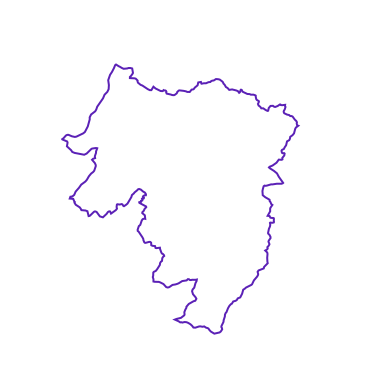 Mai Son, Son La, Vietnam (Natural Earth projection), rotated 255°
{"feature_id": "81297802B85756054610964", "entity_name": "Mai Son", "entity_type": "district", "adm_level": 2, "iso_a3": "VNM", "parent_name": "Vietnam", "parent_adm1": "Son La", "projection": "natural_earth1", "projection_center": [103.999, 21.168], "detail": "fine", "context": "isolated", "style": "outline", "palette": "violet", "viewbox_px": 384, "rotation_deg": 255, "n_neighbors": 0, "source": "geoboundaries", "source_scale": "gbopen_adm2", "svg_char_len": 6044}
<svg xmlns="http://www.w3.org/2000/svg" viewBox="0 0 384 384"><g transform="rotate(255 192 192)"><path d="M277.2,81.8L276.6,80.3L276.3,80.4L273.1,84.5L271.9,84.6L268.5,83.0L263.6,86.1L261.7,86.7L260.1,88.8L255.9,97.5L256.4,100.2L259.6,105.9L259.8,106.7L259.4,110.3L259.0,111.5L258.8,111.8L256.0,109.8L254.6,109.4L251.7,107.4L249.8,107.2L249.7,105.1L249.0,103.8L245.0,105.7L242.9,106.0L241.8,105.7L237.8,103.0L236.9,101.7L235.9,99.3L233.9,96.5L231.0,93.6L229.7,91.7L227.8,86.9L225.3,83.9L222.5,79.7L219.7,77.5L218.7,75.3L218.9,73.3L217.3,72.2L216.1,75.5L213.0,75.9L212.6,76.2L212.1,75.7L209.8,76.4L206.2,79.6L204.6,80.2L203.1,80.5L201.7,84.3L200.5,86.0L195.5,85.9L195.4,86.9L195.7,87.6L198.2,92.1L198.4,92.9L198.2,93.7L197.4,94.7L192.3,96.7L190.7,99.2L190.6,99.4L193.0,103.9L194.3,105.4L194.7,106.4L194.6,107.6L194.3,107.9L192.1,108.2L194.2,113.7L195.3,115.2L197.1,115.3L199.3,116.2L199.5,116.7L198.6,118.9L198.5,121.0L198.0,121.6L196.3,122.1L195.9,122.6L196.7,125.0L197.5,126.7L202.8,132.1L204.6,133.2L205.7,135.5L206.4,136.3L207.8,139.4L208.6,140.7L208.6,141.7L207.6,143.2L205.2,144.8L203.7,146.3L202.4,146.8L201.5,146.9L200.8,146.6L201.1,145.3L200.7,143.9L200.0,143.3L199.1,144.1L198.5,143.9L198.2,143.5L198.5,142.6L198.4,142.0L197.4,142.1L196.8,141.9L196.7,140.6L196.0,140.6L195.7,140.3L195.8,138.4L195.3,138.3L194.9,138.6L189.9,143.9L189.2,143.9L187.9,141.8L186.3,140.5L185.3,138.8L184.5,138.5L181.7,140.4L178.2,139.9L178.6,139.2L178.6,137.8L178.5,137.3L177.5,136.1L173.6,133.5L172.8,131.8L169.6,129.7L168.4,129.5L167.5,130.2L161.0,132.4L159.2,132.8L158.1,132.6L155.8,132.9L155.1,133.4L154.9,134.0L154.9,137.7L154.6,138.7L153.7,139.4L151.1,138.9L150.3,139.8L149.3,142.3L147.4,142.3L147.0,143.0L146.5,146.6L145.2,146.4L141.6,146.7L140.4,147.0L139.6,147.9L138.2,148.6L137.4,148.6L136.9,147.4L135.8,146.2L133.2,145.2L132.7,143.9L131.5,142.7L129.9,142.1L126.4,138.3L125.1,136.5L124.8,134.6L124.3,133.8L121.1,132.8L120.0,132.1L117.8,132.2L115.5,131.6L114.9,132.8L113.8,136.6L113.0,137.8L110.5,140.6L106.8,142.5L106.0,143.9L106.0,145.4L107.3,149.1L107.0,152.1L107.1,154.3L107.3,155.6L108.5,159.5L108.0,163.9L108.9,165.5L108.5,166.5L107.6,167.1L107.2,168.2L107.2,169.4L106.3,172.5L106.2,174.0L104.7,173.3L103.1,171.8L99.0,169.4L97.7,167.4L96.2,166.4L93.0,166.5L89.4,168.2L87.7,168.6L86.1,167.0L86.1,165.3L84.7,159.9L82.6,156.9L81.6,156.6L80.1,155.1L77.9,153.5L75.6,153.1L74.9,152.6L73.3,148.8L73.4,144.2L73.2,142.4L70.6,145.6L69.1,146.9L69.0,147.9L68.4,148.8L68.3,151.3L67.6,153.1L66.5,154.5L64.6,156.3L62.7,157.5L60.7,158.3L60.1,160.1L60.3,164.0L60.1,165.2L59.1,167.3L59.0,169.0L57.2,170.6L56.7,171.6L55.9,172.5L54.2,173.1L52.3,174.1L49.4,176.9L49.2,182.3L49.8,183.7L51.5,185.6L52.8,185.7L54.0,185.4L54.8,185.7L58.4,188.8L60.0,189.4L63.2,191.5L65.0,192.1L66.5,193.3L66.9,194.1L70.4,196.7L72.4,198.7L73.6,200.6L73.8,201.6L75.6,203.5L75.6,206.0L76.2,207.5L77.4,208.6L77.7,211.3L80.8,214.1L84.4,216.2L84.9,217.9L85.7,219.4L86.9,225.2L87.3,226.1L90.6,228.9L93.5,233.1L94.9,234.4L95.7,234.7L97.9,234.7L99.0,236.0L99.6,241.5L101.0,242.3L103.6,246.7L105.2,246.8L109.0,247.6L112.6,248.9L114.1,249.0L116.5,247.6L116.9,249.1L117.4,250.1L117.9,250.5L119.2,250.5L120.0,251.8L121.3,253.2L122.0,253.3L124.2,253.0L125.2,253.6L127.1,255.9L128.4,256.2L130.7,255.7L131.7,255.0L132.6,254.8L136.4,256.7L138.4,258.3L140.0,259.1L142.0,259.3L142.2,259.7L141.5,261.5L141.4,263.1L141.8,263.4L143.7,263.7L144.8,264.2L145.7,264.1L146.6,261.6L147.0,261.0L148.7,260.7L149.4,258.9L153.1,262.5L155.5,263.1L156.5,263.7L158.7,266.3L159.7,265.5L162.3,265.1L162.9,264.7L164.5,264.9L168.0,261.4L170.6,259.5L174.7,260.3L176.7,261.3L179.0,262.7L179.4,263.7L179.0,264.4L178.8,265.8L178.9,270.4L178.5,271.8L178.0,276.3L176.8,280.6L176.9,281.8L177.2,282.4L184.2,279.8L188.0,278.9L191.2,276.6L194.8,273.3L195.8,272.7L196.3,273.5L196.7,276.6L198.4,281.2L200.8,284.2L199.9,287.0L200.1,287.8L201.6,288.1L203.4,290.6L205.2,291.4L205.7,291.1L206.0,289.6L206.3,289.2L207.5,289.0L208.8,289.2L209.4,289.9L209.8,291.9L211.1,293.0L212.8,295.0L216.3,296.9L216.9,299.3L218.0,300.3L219.9,301.2L220.8,303.7L222.2,305.7L226.4,308.1L227.4,309.1L228.5,311.8L229.3,310.8L231.1,310.9L232.2,311.4L233.6,311.1L235.4,310.0L238.8,308.7L239.6,307.8L239.9,306.6L241.2,305.7L242.2,303.8L244.2,301.5L245.0,301.3L245.8,301.3L246.7,301.8L247.7,302.9L249.9,304.3L251.2,304.1L252.1,304.5L252.5,301.6L253.0,300.3L253.6,300.1L253.8,299.6L252.9,297.0L252.6,294.5L253.0,293.5L254.3,292.5L254.8,290.1L253.3,287.9L250.8,286.6L250.8,285.9L252.2,284.3L254.4,282.5L254.9,280.6L256.6,280.0L258.3,278.7L260.0,278.5L261.8,280.0L262.6,280.0L264.1,278.5L265.1,278.1L267.4,278.2L268.6,278.5L268.9,278.3L270.1,276.6L270.8,274.0L271.6,273.1L272.4,270.8L275.8,266.8L277.6,266.5L278.2,265.8L278.1,265.5L275.9,264.0L275.6,263.2L277.6,262.4L278.7,260.9L280.7,257.3L281.0,254.4L283.2,253.3L284.7,251.9L287.1,251.3L288.7,250.4L289.8,250.4L291.1,249.7L293.4,247.9L294.2,246.4L294.9,244.4L294.1,241.9L294.3,240.3L294.1,239.1L293.5,238.2L293.8,236.3L293.4,233.7L294.0,231.3L294.1,229.3L294.3,229.1L296.0,229.1L296.2,226.4L293.6,225.0L292.1,221.7L291.0,220.4L290.8,219.7L291.0,218.1L289.2,215.7L289.9,213.3L290.8,212.2L291.9,210.0L293.4,206.2L293.4,205.4L292.4,203.6L291.9,203.4L291.2,202.7L290.3,200.5L290.2,199.6L290.8,197.9L291.6,196.8L293.6,193.0L294.8,192.8L295.4,193.2L296.5,193.0L297.0,192.5L297.3,191.5L297.8,190.9L297.2,190.3L297.1,189.5L297.7,187.8L301.4,183.6L303.7,182.0L300.9,179.1L301.3,177.6L302.8,175.9L307.7,171.6L308.8,170.1L311.6,168.1L312.9,168.0L313.7,168.3L316.0,167.0L316.6,166.1L318.1,161.5L319.2,161.8L319.9,163.1L321.4,165.0L322.3,165.8L326.8,166.2L327.7,164.6L328.2,162.8L328.1,161.4L328.7,157.9L329.9,156.4L331.8,154.6L332.3,153.9L334.8,151.6L334.4,150.6L331.9,148.7L328.7,145.8L326.4,143.2L321.7,140.0L316.8,139.4L312.9,138.1L310.6,136.1L308.6,132.7L305.5,130.3L298.9,122.5L296.5,120.9L295.0,119.4L293.0,114.6L290.6,112.5L288.6,112.0L282.3,108.3L277.7,104.1L276.8,102.1L275.4,94.7L275.5,93.1L276.9,90.4L279.1,87.6L279.4,86.9L279.4,85.5L279.1,84.7L277.2,81.8Z" fill="none" stroke="#5b21b6" stroke-width="2"/></g></svg>